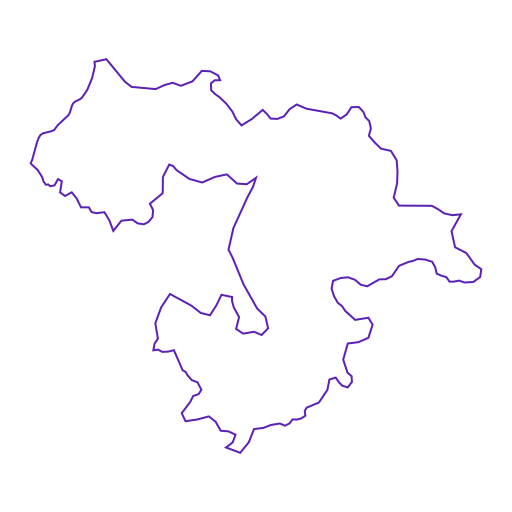 the Province of Sofia
{"feature_id": "BGR-2244", "entity_name": "Sofia", "entity_type": "Province", "adm_level": 1, "iso_a3": "BGR", "parent_name": "Bulgaria", "parent_adm1": "", "projection": "orthographic", "projection_center": [23.554, 42.64], "detail": "fine", "context": "isolated", "style": "outline", "palette": "violet", "viewbox_px": 512, "rotation_deg": 0, "n_neighbors": 0, "source": "natural_earth", "source_scale": "10m", "svg_char_len": 2861}
<svg xmlns="http://www.w3.org/2000/svg" viewBox="0 0 512 512"><path d="M30.7,163.4L32.3,159.5L37.0,142.3L38.7,137.9L40.5,134.9L43.6,133.1L50.8,131.4L54.1,130.1L57.7,125.2L68.6,115.0L70.0,112.2L71.9,105.8L73.2,103.3L75.4,101.4L79.8,99.3L81.9,97.8L87.3,89.8L92.1,78.1L94.9,66.3L94.5,61.8L106.4,59.2L124.9,81.7L131.6,86.9L155.7,89.1L164.6,85.0L172.7,82.8L180.9,85.8L192.5,81.3L201.8,70.9L210.2,71.3L218.1,75.4L220.1,80.2L214.7,80.3L211.0,83.3L211.2,90.3L215.1,94.1L219.4,97.1L226.3,103.7L232.3,111.5L236.2,119.4L241.5,125.4L251.6,119.2L262.7,109.9L266.7,113.7L270.7,118.6L277.5,118.9L284.0,116.3L289.6,109.2L296.7,104.5L306.4,108.7L332.0,113.3L336.2,115.4L340.6,118.6L346.7,114.4L351.4,107.2L358.8,107.0L363.5,112.1L365.5,117.4L369.2,121.0L370.9,128.3L368.9,135.8L374.4,142.2L380.9,148.6L390.9,150.9L396.7,160.4L397.5,171.8L397.1,183.3L393.7,197.6L398.9,205.6L431.8,205.8L438.1,209.2L444.2,213.4L452.5,215.2L460.9,214.3L451.5,231.2L455.1,247.3L466.4,253.1L474.5,264.5L481.3,269.2L480.2,277.0L473.3,282.0L464.5,282.5L459.0,280.6L453.5,281.7L449.5,281.6L446.3,277.1L441.4,275.7L436.7,273.6L435.2,267.3L432.2,261.8L425.1,259.5L417.6,259.0L413.1,260.9L408.6,261.9L399.1,265.8L391.9,276.2L385.9,279.2L379.3,279.4L367.2,286.3L360.7,284.7L355.0,279.8L348.0,277.3L340.8,278.0L333.1,280.8L331.6,288.8L334.1,296.3L337.7,302.7L342.0,306.1L345.3,311.0L355.2,319.9L368.4,317.7L372.6,324.7L368.4,337.8L358.3,342.2L347.8,343.5L343.2,359.6L347.5,372.7L351.6,376.1L351.9,382.0L347.7,387.4L342.2,385.7L338.8,382.1L335.7,377.6L329.4,379.5L327.4,389.9L318.9,402.5L306.6,407.7L304.8,410.9L305.3,415.7L301.3,418.4L296.7,419.6L292.5,419.4L289.6,423.4L284.9,425.7L279.8,423.5L270.8,425.0L263.8,427.8L254.0,429.1L248.9,442.1L240.2,452.8L226.0,447.5L232.7,442.4L235.5,434.7L228.5,431.4L220.7,430.7L215.6,421.7L208.8,416.4L197.2,419.5L185.5,421.2L181.7,413.2L190.0,402.3L193.2,396.0L198.5,394.2L201.4,389.8L197.5,382.3L191.8,380.1L187.6,375.4L185.6,371.9L182.6,370.2L173.9,350.2L168.3,351.6L162.3,351.9L158.0,349.6L153.4,350.3L154.5,343.8L157.9,338.6L155.3,323.2L161.2,307.3L170.0,294.0L191.3,305.6L200.7,312.9L210.0,315.3L216.5,305.1L221.5,294.8L232.0,297.0L232.1,301.3L233.8,307.4L239.1,317.1L236.1,328.9L243.1,333.6L254.1,331.8L261.6,335.0L268.1,328.3L265.4,316.5L257.2,308.6L243.5,284.3L232.5,257.5L228.5,249.7L233.4,228.1L247.5,197.1L252.9,187.1L256.0,177.8L246.8,184.2L237.1,183.6L226.9,174.4L215.0,176.9L202.1,182.5L189.4,178.9L176.6,170.2L173.3,166.2L169.2,164.6L162.9,177.0L162.7,193.2L149.9,203.7L153.1,210.2L152.5,217.1L148.5,221.9L143.9,224.3L137.7,223.4L132.3,219.6L121.4,220.7L113.3,230.9L109.4,220.4L104.4,212.2L96.5,213.2L91.6,212.1L88.8,207.3L81.0,207.3L76.6,198.4L71.7,192.3L65.1,196.0L60.1,192.4L61.8,181.3L58.0,179.1L54.5,185.4L50.1,186.2L48.3,184.5L45.8,184.7L43.5,181.4L42.1,177.0L37.7,170.0L32.1,164.9L30.7,163.4Z" fill="none" stroke="#5b21b6" stroke-width="2"/></svg>